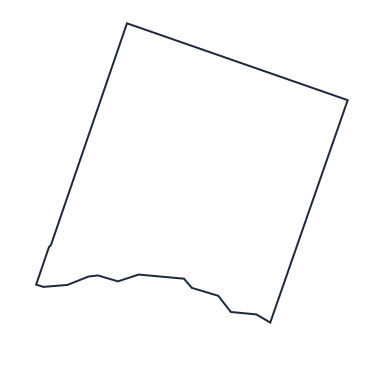 outline of Butler, Nebraska, United States of America, rotated 199°
{"feature_id": "52423323B7887140210254", "entity_name": "Butler", "entity_type": "district", "adm_level": 2, "iso_a3": "USA", "parent_name": "United States of America", "parent_adm1": "Nebraska", "projection": "albers", "projection_center": [-97.07, 41.251], "detail": "fine", "context": "isolated", "style": "outline", "palette": "slate", "viewbox_px": 384, "rotation_deg": 199, "n_neighbors": 0, "source": "geoboundaries", "source_scale": "gbopen_adm2", "svg_char_len": 390}
<svg xmlns="http://www.w3.org/2000/svg" viewBox="0 0 384 384"><g transform="rotate(199 192 192)"><path d="M307.1,330.3L308.4,330.3L308.1,95.7L309.3,93.5L309.2,55.7L309.2,53.7L301.6,53.9L279.5,63.6L262.3,78.4L253.7,82.5L232.9,83.4L215.5,96.6L171.4,107.4L160.9,101.3L133.4,102.4L116.2,91.2L91.3,97.2L75.5,94.0L74.7,329.5L307.1,330.3Z" fill="none" stroke="#1e293b" stroke-width="2"/></g></svg>